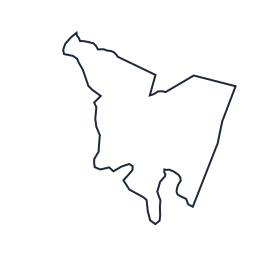 Dire, Timbuktu, Mali (Natural Earth projection), rotated 292°
{"feature_id": "8926073B18441291459751", "entity_name": "Dire", "entity_type": "district", "adm_level": 2, "iso_a3": "MLI", "parent_name": "Mali", "parent_adm1": "Timbuktu", "projection": "natural_earth1", "projection_center": [-3.375, 16.321], "detail": "fine", "context": "isolated", "style": "outline", "palette": "slate", "viewbox_px": 256, "rotation_deg": 292, "n_neighbors": 0, "source": "geoboundaries", "source_scale": "gbopen_adm2", "svg_char_len": 1391}
<svg xmlns="http://www.w3.org/2000/svg" viewBox="0 0 256 256"><g transform="rotate(292 128 128)"><path d="M144.1,216.9L146.6,217.0L169.4,212.9L207.0,212.1L201.3,169.3L175.4,149.4L175.0,146.3L173.1,142.0L170.4,140.3L168.6,138.8L166.4,136.0L187.5,133.6L190.2,91.8L191.7,89.6L193.0,86.4L193.0,83.4L192.0,79.6L191.9,76.0L189.6,70.6L192.0,67.8L193.6,64.3L193.3,62.3L193.1,60.4L192.3,56.0L191.7,53.6L190.6,51.0L193.1,48.7L194.7,45.9L197.0,44.6L196.1,44.1L195.9,44.0L190.8,41.2L182.9,38.4L178.7,38.4L175.7,38.8L172.6,41.0L174.2,49.9L173.2,54.8L170.0,58.0L165.1,64.3L152.2,75.5L150.1,80.4L147.5,90.7L138.9,87.1L135.4,90.9L124.3,94.2L117.4,98.1L110.7,104.6L102.0,107.3L95.0,109.6L86.6,108.3L82.8,109.7L79.2,111.9L79.2,117.9L84.4,125.3L82.4,130.7L89.8,136.4L95.1,142.6L94.4,146.6L90.7,147.9L84.4,145.8L77.9,143.3L71.4,152.3L69.6,168.3L68.2,172.2L58.3,177.5L50.7,183.1L49.1,189.3L53.7,192.0L58.7,190.7L66.9,187.1L73.2,185.1L76.0,182.4L80.1,178.9L83.5,178.7L89.9,177.9L92.1,178.6L93.2,179.0L94.7,179.5L95.1,179.7L96.7,180.4L99.0,180.0L100.5,178.3L100.9,178.0L103.2,177.3L103.2,177.5L103.6,179.4L103.9,180.0L104.8,181.8L104.8,183.9L104.8,186.7L103.5,192.3L102.0,194.8L99.1,196.6L98.3,196.5L93.8,195.7L89.5,196.2L87.6,196.7L86.3,197.5L84.9,199.0L84.4,201.8L84.2,205.5L84.1,206.5L84.0,208.4L81.6,210.8L80.5,211.5L79.8,212.5L79.2,217.6L144.1,216.9Z" fill="none" stroke="#1e293b" stroke-width="2"/></g></svg>